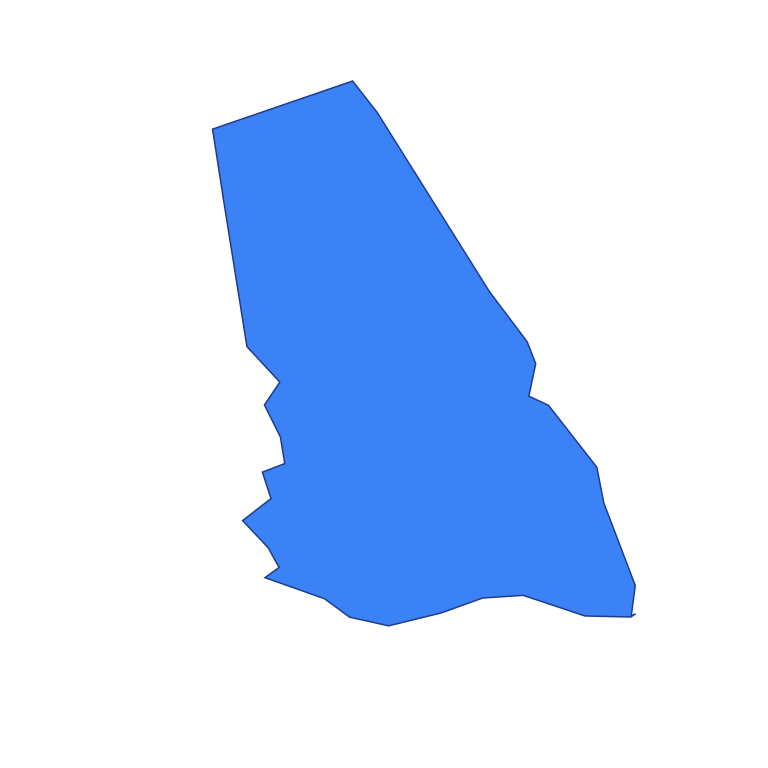 the district of Snyder, Pennsylvania, United States of America, rotated 72°
{"feature_id": "52423323B53636040247578", "entity_name": "Snyder", "entity_type": "district", "adm_level": 2, "iso_a3": "USA", "parent_name": "United States of America", "parent_adm1": "Pennsylvania", "projection": "equal_earth", "projection_center": [-77.0, 40.762], "detail": "fine", "context": "isolated", "style": "filled", "palette": "blue", "viewbox_px": 768, "rotation_deg": 72, "n_neighbors": 0, "source": "geoboundaries", "source_scale": "gbopen_adm2", "svg_char_len": 576}
<svg xmlns="http://www.w3.org/2000/svg" viewBox="0 0 768 768"><g transform="rotate(72 384 384)"><path d="M531.4,557.1L569.8,507.0L595.2,488.7L615.4,454.4L619.4,400.5L618.0,356.4L628.0,317.0L666.7,264.6L681.9,221.2L680.3,215.7L681.0,220.5L653.3,207.3L565.2,211.7L528.9,207.3L455.0,234.2L440.4,250.0L411.5,233.4L388.0,234.8L328.7,255.2L123.5,306.6L86.1,320.3L88.6,468.3L159.3,479.7L306.1,502.8L350.0,482.5L367.0,504.2L402.4,498.9L429.0,503.0L430.2,526.9L458.0,526.9L470.2,560.7L503.9,544.8L526.0,540.5L531.4,557.1Z" fill="#3b82f6" stroke="#1e3a8a" stroke-width="1.5"/></g></svg>